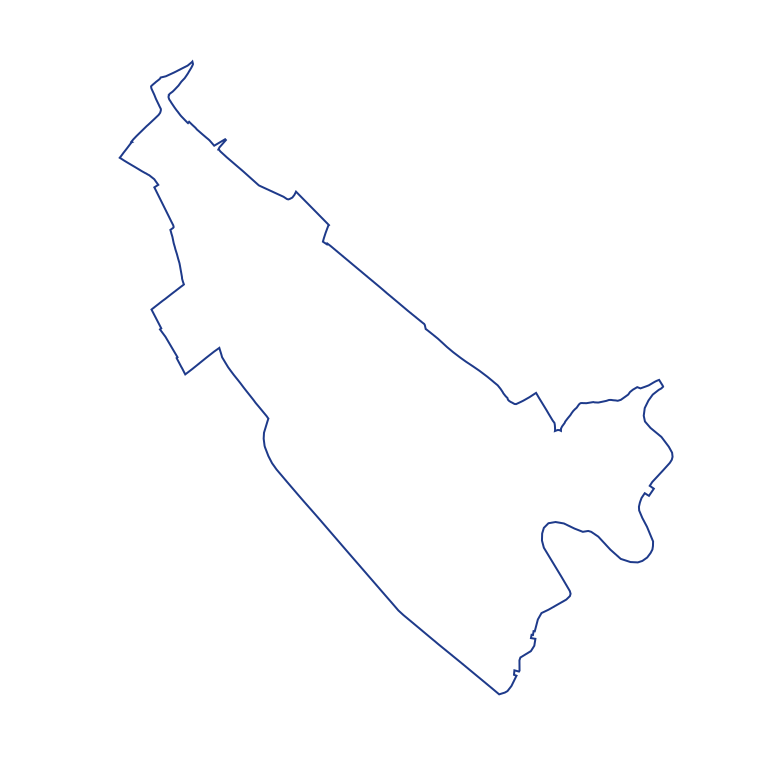 Dobroesti, Ilfov, Romania (Mercator projection), rotated 279°
{"feature_id": "2599482B22060634534240", "entity_name": "Dobroesti", "entity_type": "district", "adm_level": 2, "iso_a3": "ROU", "parent_name": "Romania", "parent_adm1": "Ilfov", "projection": "mercator", "projection_center": [26.199, 44.47], "detail": "fine", "context": "isolated", "style": "outline", "palette": "blue", "viewbox_px": 768, "rotation_deg": 279, "n_neighbors": 0, "source": "geoboundaries", "source_scale": "gbopen_adm2", "svg_char_len": 5334}
<svg xmlns="http://www.w3.org/2000/svg" viewBox="0 0 768 768"><g transform="rotate(279 384 384)"><path d="M651.8,115.5L651.7,115.5L650.2,114.8L649.9,114.5L649.8,114.4L649.3,114.0L648.8,113.5L647.8,112.6L646.9,111.7L645.9,110.9L645.2,110.3L644.2,109.4L643.2,108.6L642.0,107.6L641.4,107.4L641.2,107.5L640.4,107.7L639.4,108.1L633.7,111.9L630.0,114.1L628.4,115.2L623.8,118.4L623.3,118.7L621.4,120.1L620.7,120.6L619.3,120.8L616.9,120.5L614.5,119.3L609.9,115.8L608.5,114.7L605.0,112.0L602.6,110.1L601.8,109.4L592.8,102.7L590.1,100.7L586.2,98.0L583.6,96.5L583.4,97.2L583.2,96.9L580.9,95.6L576.4,93.2L571.0,90.2L570.9,90.2L566.8,88.0L566.1,87.6L565.0,90.2L564.1,92.2L562.3,96.6L560.6,100.9L559.5,103.7L556.4,111.3L555.0,115.1L554.9,115.6L553.9,118.1L553.6,119.1L553.4,119.6L552.6,121.0L550.3,125.1L548.4,126.9L546.6,128.7L545.4,129.9L542.3,126.4L541.9,126.7L516.2,145.0L511.5,148.3L507.8,151.0L506.1,151.7L505.3,151.4L504.2,150.3L502.8,148.9L500.5,150.0L499.5,150.4L498.7,150.8L496.2,152.0L493.0,153.2L490.1,154.3L486.5,156.0L484.4,156.9L481.8,158.2L479.8,159.2L475.5,161.1L471.3,163.1L468.8,164.0L465.6,165.1L461.0,166.7L458.1,167.7L456.4,168.1L453.6,169.4L451.0,170.8L449.8,169.7L448.3,168.2L439.3,159.7L433.7,154.5L431.2,152.0L424.0,145.3L421.2,142.7L404.1,155.3L402.9,154.2L396.4,160.8L383.9,171.1L378.1,175.9L377.2,175.1L369.2,181.1L368.1,182.0L366.9,182.9L364.0,185.0L362.4,186.2L368.8,192.3L382.2,204.4L389.4,211.1L393.9,215.7L390.8,217.2L389.0,218.1L387.1,219.0L385.1,219.9L382.5,222.1L380.1,224.1L376.2,227.4L372.6,231.0L369.5,234.2L364.6,239.6L362.1,242.3L358.5,246.0L355.7,249.0L349.1,256.2L347.5,257.9L345.4,260.0L344.0,261.6L342.2,263.7L336.8,269.8L333.9,273.1L333.4,273.6L332.1,274.8L331.8,275.2L328.6,274.7L317.1,273.1L311.2,273.7L304.3,275.7L303.0,276.3L294.7,281.1L288.3,285.8L282.7,291.3L272.1,303.6L261.2,316.4L254.8,324.0L247.6,332.7L240.6,341.1L214.2,372.3L174.9,419.0L168.2,427.0L162.6,433.6L158.7,439.5L150.5,453.3L135.3,478.7L121.3,502.8L99.7,539.3L95.5,546.3L98.1,551.6L100.0,554.0L105.6,557.1L116.6,560.5L117.1,557.9L121.6,557.6L121.1,562.3L122.1,562.7L132.3,561.0L135.2,561.5L143.2,570.9L149.0,573.4L156.0,573.4L156.0,568.9L159.4,569.0L159.4,570.4L163.3,570.4L163.3,571.6L175.5,572.8L182.4,575.4L186.8,581.8L199.6,597.8L203.6,600.8L206.0,601.1L208.6,599.9L220.9,589.8L247.3,567.5L254.1,564.5L261.1,563.6L266.9,564.4L272.2,568.2L274.5,574.9L274.4,583.5L271.0,594.8L269.1,603.5L270.8,608.7L270.4,611.8L266.8,619.5L255.8,633.5L248.3,645.2L246.7,655.3L247.5,662.6L249.7,666.9L253.8,671.1L258.7,673.7L262.5,675.0L266.0,675.0L270.6,674.4L284.1,666.1L292.1,660.1L299.0,655.8L302.6,655.0L307.0,655.3L311.7,656.2L316.9,658.6L315.0,663.2L322.8,666.9L325.0,662.4L329.2,664.3L342.6,673.3L350.9,678.7L354.2,680.1L357.2,680.4L361.2,679.3L366.6,675.1L375.1,666.3L382.3,654.1L387.8,647.6L393.3,645.5L401.0,645.3L409.1,647.8L415.6,651.1L421.2,656.3L423.0,658.6L425.0,660.1L426.0,659.5L428.5,657.3L431.1,655.1L430.0,653.2L429.0,651.7L427.5,649.8L425.9,647.9L424.0,645.6L422.3,642.6L419.8,638.0L420.5,634.6L417.3,630.7L414.5,628.2L411.8,626.9L409.6,624.7L405.4,620.4L404.0,617.5L404.0,615.3L403.8,612.8L403.8,610.7L403.4,608.7L402.1,606.2L400.3,601.5L399.2,598.6L399.0,596.8L398.8,594.9L398.9,593.6L396.7,586.9L396.0,581.5L395.1,580.3L393.8,579.5L390.7,578.0L388.9,576.5L386.9,575.1L384.4,573.8L382.5,573.0L378.8,570.8L376.4,569.5L375.1,568.8L374.0,568.6L371.8,567.5L369.9,566.5L367.6,565.8L365.4,566.1L365.9,564.4L365.7,562.7L364.3,560.2L365.2,560.2L368.3,559.6L370.4,559.1L370.7,559.0L372.3,558.4L374.2,556.4L380.4,551.2L383.7,548.5L390.5,542.7L394.7,539.1L397.3,537.0L399.0,535.6L397.5,533.9L393.7,529.7L389.4,524.3L387.9,522.2L386.2,519.7L384.8,517.6L384.7,516.0L385.8,513.0L386.1,511.9L387.0,510.0L388.0,508.8L389.5,508.1L390.2,507.1L391.1,505.9L392.3,504.6L393.4,503.4L394.7,502.4L397.4,499.9L400.5,496.5L402.9,492.4L403.9,490.8L407.3,485.0L412.0,476.2L414.9,470.1L418.9,461.4L421.8,455.6L426.2,447.4L430.4,440.4L437.3,430.0L441.5,422.7L444.3,417.7L444.5,417.3L444.6,417.2L444.7,416.8L444.8,416.6L448.6,415.1L449.7,414.2L450.0,413.5L451.3,411.2L459.7,396.7L470.0,379.6L474.1,372.7L479.3,364.3L486.2,352.7L497.2,334.3L512.0,309.6L513.9,306.0L513.0,305.8L515.0,301.4L518.5,301.8L524.2,302.7L531.1,304.1L531.4,304.1L532.3,304.8L560.2,267.0L558.5,266.5L556.7,265.9L553.8,264.3L552.2,262.2L551.6,261.1L551.4,260.8L551.4,260.0L551.5,259.2L553.2,255.5L560.2,230.6L560.6,229.3L571.9,211.8L583.4,193.1L587.9,186.3L588.7,185.3L589.5,184.6L589.6,183.7L592.0,184.5L600.2,189.7L600.9,188.8L592.8,179.0L597.4,173.5L598.3,172.1L599.4,170.2L602.4,165.3L605.9,159.7L606.5,158.9L607.0,158.4L607.7,157.5L609.9,154.2L612.5,150.5L611.0,149.6L611.3,149.1L611.9,148.3L612.7,147.2L613.9,145.6L614.6,144.7L616.4,142.3L617.2,141.3L618.4,140.0L618.9,139.5L619.3,139.1L619.6,138.8L619.8,138.5L620.5,137.9L620.9,137.4L622.0,136.2L622.9,135.3L624.3,133.9L628.5,130.0L629.7,129.0L631.4,127.4L633.3,126.4L634.5,126.2L635.4,126.5L635.8,126.2L636.7,126.7L637.6,127.4L638.3,128.1L639.7,129.5L642.0,131.2L642.6,131.6L645.8,133.8L646.5,134.3L650.8,136.5L653.3,138.2L654.7,139.2L655.5,139.6L658.0,140.8L660.2,141.8L661.8,142.4L664.5,143.5L666.7,144.4L667.7,144.6L668.2,144.9L669.2,145.1L670.0,145.3L670.4,145.2L672.5,144.3L671.6,143.7L667.7,140.2L664.9,136.3L659.0,128.2L653.8,120.4L652.8,118.0L651.8,115.5Z" fill="none" stroke="#1e3a8a" stroke-width="2"/></g></svg>